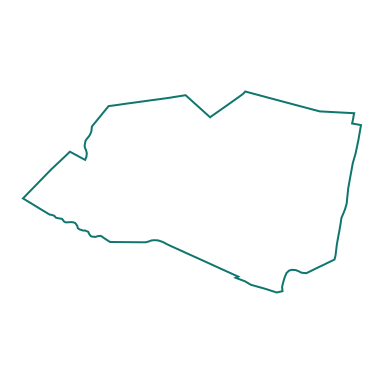 the district of El Porvenir, Chiapas, Mexico
{"feature_id": "50627088B63414133184656", "entity_name": "El Porvenir", "entity_type": "district", "adm_level": 2, "iso_a3": "MEX", "parent_name": "Mexico", "parent_adm1": "Chiapas", "projection": "albers", "projection_center": [-92.269, 15.429], "detail": "fine", "context": "isolated", "style": "outline", "palette": "teal", "viewbox_px": 384, "rotation_deg": 0, "n_neighbors": 0, "source": "geoboundaries", "source_scale": "gbopen_adm2", "svg_char_len": 1835}
<svg xmlns="http://www.w3.org/2000/svg" viewBox="0 0 384 384"><path d="M354.2,113.2L319.8,111.4L281.8,101.3L245.2,91.5L244.9,91.8L243.2,93.8L238.8,97.0L233.3,100.9L224.8,106.9L210.7,116.8L210.1,117.3L208.8,116.1L206.6,114.1L206.0,113.6L193.7,102.5L185.6,95.2L179.9,96.1L178.8,96.3L178.6,96.3L175.3,96.8L172.2,97.3L171.9,97.4L171.4,97.5L160.0,99.1L154.5,99.8L150.1,100.4L144.4,101.2L138.5,102.0L132.7,102.8L127.4,103.5L121.1,104.4L116.4,105.1L108.6,106.1L91.9,126.5L91.4,131.2L90.3,134.1L89.0,136.3L87.0,138.6L85.5,140.8L85.0,143.6L84.6,145.7L85.0,147.9L86.0,150.1L86.8,153.2L86.4,156.9L85.1,159.9L69.9,151.7L64.2,157.2L51.5,169.1L23.0,198.4L43.0,210.6L49.7,214.6L51.9,214.9L54.4,215.9L55.9,217.7L57.9,218.2L60.2,218.5L62.2,219.0L64.0,221.5L65.5,222.3L67.8,222.3L71.0,222.1L73.3,222.3L75.3,223.1L77.3,225.9L77.8,228.2L79.6,229.4L82.9,230.5L85.1,230.5L88.2,231.8L89.2,234.0L90.7,236.1L92.2,236.6L95.5,236.9L98.0,236.1L100.3,235.9L101.8,236.4L103.3,237.6L106.8,239.9L110.1,242.0L145.6,242.3L149.0,241.4L151.6,240.4L154.4,240.2L158.1,240.4L162.9,242.0L166.5,244.0L172.5,246.8L189.5,254.5L206.1,262.0L220.1,268.4L238.2,276.6L235.7,277.8L245.0,281.3L250.9,284.8L264.9,288.7L273.3,291.4L276.7,292.5L280.2,291.7L282.5,291.2L282.1,287.1L282.5,285.0L283.8,280.2L284.0,279.5L285.1,276.2L286.6,272.9L289.1,270.6L289.7,270.4L291.9,269.8L292.8,269.9L295.7,270.1L297.3,270.7L299.0,271.4L301.5,272.7L305.5,273.1L306.3,273.2L309.2,271.8L312.5,270.2L316.3,268.3L319.4,266.8L322.6,265.3L324.7,264.3L327.3,263.0L329.6,261.9L331.5,261.0L334.5,259.5L335.5,255.6L336.0,251.5L336.8,244.9L338.1,237.4L339.6,229.5L340.7,222.9L341.4,218.0L343.5,213.1L345.0,209.3L346.7,203.5L347.3,197.1L348.3,187.9L350.8,174.0L352.8,163.1L355.5,153.8L358.3,140.5L361.0,125.1L352.1,123.5L353.2,118.6L353.6,115.7L354.2,113.2Z" fill="none" stroke="#0f766e" stroke-width="2"/></svg>